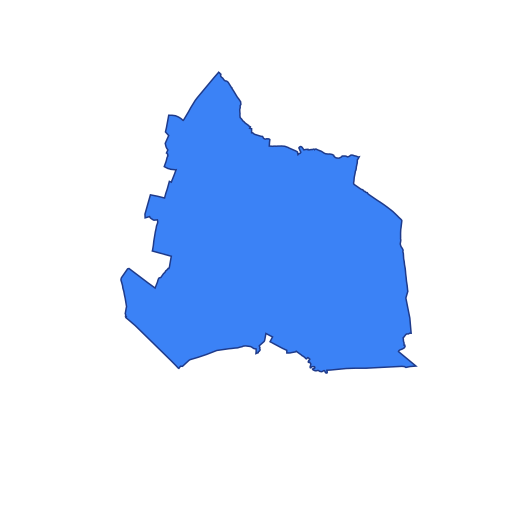 Gropnita, Iasi, Romania (Mercator projection), rotated 149°
{"feature_id": "2599482B43647802232250", "entity_name": "Gropnita", "entity_type": "district", "adm_level": 2, "iso_a3": "ROU", "parent_name": "Romania", "parent_adm1": "Iasi", "projection": "mercator", "projection_center": [27.271, 47.378], "detail": "fine", "context": "isolated", "style": "filled", "palette": "blue", "viewbox_px": 512, "rotation_deg": 149, "n_neighbors": 0, "source": "geoboundaries", "source_scale": "gbopen_adm2", "svg_char_len": 6068}
<svg xmlns="http://www.w3.org/2000/svg" viewBox="0 0 512 512"><g transform="rotate(149 256 256)"><path d="M393.1,279.1L394.0,278.3L395.2,276.9L397.8,273.9L398.0,272.5L398.9,271.6L398.4,270.8L399.3,270.3L395.4,258.7L382.8,210.4L381.2,203.8L380.4,200.1L380.0,199.4L377.5,200.4L375.8,199.3L367.1,201.1L365.9,201.1L357.8,199.0L349.2,197.1L338.2,195.2L326.8,190.4L324.6,189.3L321.6,188.0L319.0,186.7L316.6,186.1L314.6,185.4L313.3,185.3L311.2,184.3L307.3,181.2L306.6,180.1L305.6,177.9L305.4,177.7L304.7,177.0L303.8,176.4L304.2,175.5L305.1,174.0L306.3,172.4L303.9,172.0L303.8,172.3L303.3,172.6L302.9,172.7L302.3,172.7L301.1,173.2L300.8,173.5L300.4,175.0L299.9,175.3L299.5,177.3L298.8,177.5L293.3,178.5L292.8,178.7L292.2,179.1L290.9,180.5L287.4,184.5L283.5,178.1L288.1,175.3L280.9,163.3L278.2,159.3L279.5,157.0L276.8,155.4L275.9,155.1L275.3,154.9L271.3,153.4L270.6,153.7L268.1,147.8L267.8,146.7L267.5,146.4L266.6,144.4L266.3,143.6L266.3,142.9L266.0,142.1L265.8,141.9L265.6,141.8L264.1,142.3L263.9,142.2L263.7,142.0L263.0,140.0L263.1,139.7L263.6,139.5L264.4,139.3L265.0,139.0L265.4,138.7L265.7,138.4L265.8,138.2L265.8,137.9L265.6,137.6L264.7,137.4L264.7,136.5L264.6,135.5L264.6,135.2L264.9,134.8L266.8,133.0L267.0,132.4L267.0,132.2L266.8,132.0L266.5,131.9L265.7,132.3L265.0,132.3L263.2,131.3L262.9,131.0L262.9,130.4L263.2,129.8L263.8,129.7L265.4,130.0L265.8,129.9L265.8,129.2L264.8,127.6L263.8,126.7L262.0,126.1L261.4,125.6L260.7,124.2L259.5,123.1L258.3,122.8L257.1,122.9L256.5,122.6L256.3,121.7L256.5,120.8L256.4,120.0L256.2,119.6L255.8,119.3L255.3,119.2L254.9,119.5L254.6,120.1L254.4,121.1L254.1,121.6L250.9,119.9L236.6,113.1L228.7,108.7L219.7,103.3L187.8,86.3L185.5,84.6L185.3,83.9L185.0,83.4L184.7,83.2L181.1,82.0L175.6,79.3L183.1,100.7L182.4,101.2L181.2,101.4L178.5,100.9L176.2,100.9L174.9,101.6L174.4,102.9L175.0,103.2L173.8,105.5L173.5,107.0L172.7,108.5L172.2,109.7L171.9,110.2L171.1,110.3L168.4,111.4L167.3,111.6L166.8,111.5L165.5,110.7L164.1,110.7L163.4,110.3L162.8,109.9L156.1,123.6L149.2,142.8L144.0,147.6L143.7,148.5L141.7,152.7L140.0,156.9L138.5,160.0L136.9,163.6L135.8,165.8L134.6,168.3L133.2,172.0L131.8,175.0L130.9,177.5L128.4,182.3L128.1,183.3L128.0,183.9L126.9,185.3L126.8,185.9L126.7,187.2L126.7,187.7L126.8,188.4L126.8,189.7L126.2,192.0L124.5,194.0L123.6,195.2L123.3,196.2L122.7,197.1L122.1,198.1L120.2,201.3L118.8,203.4L118.2,204.3L117.1,205.6L113.0,210.9L112.8,211.2L112.7,211.6L112.9,212.9L113.7,215.6L114.2,217.8L115.8,223.7L118.0,229.4L119.7,233.5L120.4,235.1L123.8,242.2L127.5,250.3L127.9,251.3L128.0,252.1L128.0,253.0L129.0,253.9L129.3,254.7L129.3,255.2L129.9,255.8L130.1,256.2L130.3,257.6L130.5,258.0L131.2,258.6L131.8,259.6L134.0,264.5L134.9,266.5L135.1,267.5L134.7,268.4L133.4,269.9L131.3,272.8L128.1,276.3L127.2,277.5L126.3,278.0L125.4,278.9L124.5,280.1L124.2,280.6L121.3,283.6L119.5,286.3L118.3,286.7L116.6,287.8L117.0,287.9L117.4,288.3L118.8,290.1L120.2,291.4L121.1,292.6L122.6,293.6L123.0,293.6L124.9,293.4L126.3,293.7L126.5,293.8L127.4,295.2L128.0,295.7L130.5,297.2L130.7,297.3L131.6,296.9L133.4,297.0L134.4,297.1L135.5,297.8L136.6,298.7L137.3,299.6L137.4,300.2L137.7,300.8L137.8,301.5L137.6,301.9L137.5,302.1L137.5,302.3L138.5,303.9L140.3,305.5L141.5,306.1L143.8,307.9L144.6,309.1L145.9,311.8L146.6,312.9L147.2,313.4L147.3,313.8L147.8,314.2L148.0,314.5L148.3,315.1L148.9,315.8L149.3,316.6L149.7,316.9L150.4,317.1L150.7,317.1L150.9,317.0L150.9,317.3L151.7,318.0L153.2,318.3L153.7,318.8L154.2,319.0L155.7,319.5L156.7,320.2L156.5,320.7L158.5,321.7L159.6,322.1L160.3,322.3L160.5,325.4L160.9,326.4L161.4,326.9L162.5,327.0L163.4,326.7L163.6,326.5L163.7,325.3L163.9,324.4L164.1,321.9L165.2,321.3L165.9,321.4L166.4,321.7L166.8,321.6L167.3,321.2L167.9,321.2L166.9,323.9L167.0,324.2L167.9,325.7L172.1,331.6L172.6,332.5L174.8,335.2L177.3,337.0L178.5,337.7L180.5,338.9L181.8,339.5L184.1,341.0L185.0,341.3L188.0,343.4L185.8,346.6L184.2,348.6L184.3,349.2L185.1,350.1L185.8,350.5L186.5,351.0L187.5,351.2L188.0,351.6L188.5,352.2L188.9,353.1L188.8,355.0L189.0,355.3L189.4,355.5L190.2,356.2L194.5,361.0L195.0,362.1L195.3,363.1L195.6,363.5L196.3,363.9L194.2,367.4L195.7,368.7L194.3,369.6L194.5,370.0L194.9,370.4L195.1,371.1L195.1,371.8L195.3,372.0L195.9,373.5L196.3,374.4L196.8,375.6L196.9,376.1L197.1,376.8L197.1,377.3L197.6,378.4L197.7,378.9L197.8,380.7L198.1,382.0L198.3,382.8L197.4,384.8L196.2,386.6L195.9,387.4L194.5,390.0L193.2,391.2L192.9,391.8L192.0,393.2L191.0,393.6L190.8,393.9L189.7,396.3L189.8,396.9L189.9,399.5L190.2,401.8L190.2,409.2L190.3,411.7L190.0,412.6L190.1,412.8L190.3,412.9L190.3,413.5L190.4,419.2L190.8,420.4L191.1,421.0L191.6,421.5L192.1,421.8L192.7,423.2L192.8,424.0L192.9,425.3L193.0,425.9L193.4,426.7L193.7,428.2L193.2,429.1L192.5,429.9L192.5,430.1L192.9,430.8L193.0,431.1L192.9,431.8L193.4,432.4L193.4,432.7L199.9,430.6L214.0,425.7L222.0,422.9L224.6,422.0L227.9,420.7L235.8,416.6L239.7,414.3L246.6,410.6L248.4,409.7L248.6,409.7L248.8,410.0L249.3,411.8L249.9,413.2L250.9,415.1L252.7,417.6L253.4,418.2L255.4,419.8L258.3,421.6L266.8,412.0L269.7,409.0L268.8,404.2L275.8,399.3L276.6,396.8L276.9,395.6L277.0,394.3L276.9,392.3L279.7,390.4L279.4,389.9L279.3,389.5L279.3,389.1L279.4,388.8L279.3,388.6L279.4,388.4L279.8,388.0L279.9,387.2L281.4,386.3L284.2,383.5L288.6,379.9L287.9,378.7L286.4,376.3L285.1,375.1L284.7,374.4L281.2,371.8L280.9,371.4L280.1,371.1L284.3,367.7L290.6,362.9L291.8,364.6L297.6,359.1L301.0,356.2L304.5,352.8L309.7,358.0L315.0,362.8L329.6,349.1L331.4,345.8L326.9,344.6L327.0,343.7L326.9,343.1L326.7,342.3L325.4,339.7L324.9,339.2L321.9,337.8L322.2,337.1L322.3,336.5L323.3,335.0L325.8,333.0L327.6,330.9L329.8,328.6L336.0,321.3L338.5,318.0L341.3,314.7L342.3,313.7L338.7,309.9L328.7,299.4L330.5,297.4L336.1,290.9L337.2,290.2L337.6,290.6L339.3,290.0L340.4,289.8L341.2,289.7L342.6,288.8L344.0,288.6L344.6,288.4L348.4,286.7L348.7,286.6L349.9,287.0L350.9,287.0L352.7,285.6L353.9,284.4L359.0,280.5L362.4,288.5L371.3,310.7L372.7,311.1L382.5,306.7L383.1,306.2L384.0,305.2L384.2,304.8L384.8,302.4L385.7,299.2L386.7,296.9L387.5,293.8L388.8,290.4L390.0,286.9L393.1,279.1Z" fill="#3b82f6" stroke="#1e3a8a" stroke-width="1.5"/></g></svg>